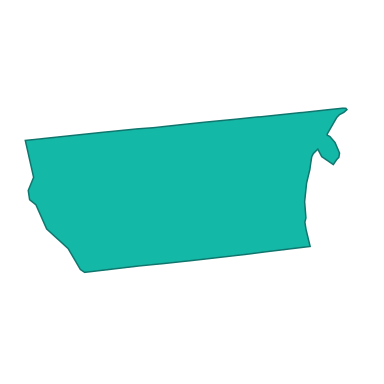 Lake, Indiana, United States of America (Albers equal-area conic projection), rotated 84°
{"feature_id": "52423323B96488388148981", "entity_name": "Lake", "entity_type": "district", "adm_level": 2, "iso_a3": "USA", "parent_name": "United States of America", "parent_adm1": "Indiana", "projection": "albers", "projection_center": [-87.421, 41.436], "detail": "fine", "context": "isolated", "style": "filled", "palette": "teal", "viewbox_px": 384, "rotation_deg": 84, "n_neighbors": 0, "source": "geoboundaries", "source_scale": "gbopen_adm2", "svg_char_len": 904}
<svg xmlns="http://www.w3.org/2000/svg" viewBox="0 0 384 384"><g transform="rotate(84 192 192)"><path d="M260.7,307.2L260.0,252.9L260.2,222.4L260.1,192.8L259.9,171.4L259.6,141.1L259.2,125.9L258.5,80.2L241.3,82.5L233.8,82.9L229.7,81.4L213.4,81.0L195.1,77.1L183.5,73.0L182.2,72.5L176.1,71.0L169.4,69.2L166.5,67.3L162.5,62.4L170.4,59.3L179.5,48.6L175.0,44.8L172.8,42.3L168.7,41.2L157.7,44.6L152.1,48.5L151.3,49.0L149.6,51.6L148.4,51.4L133.1,40.3L130.5,37.3L128.7,32.7L126.3,29.3L124.8,30.3L124.4,33.7L124.4,40.2L124.4,49.8L124.5,73.9L124.4,75.4L124.4,81.2L124.4,97.2L124.4,104.7L124.4,116.4L124.2,118.8L124.2,136.4L124.2,140.5L124.0,160.0L123.9,171.7L123.9,171.8L123.9,181.6L123.9,192.3L124.0,224.8L123.5,239.7L123.3,273.9L123.3,274.0L123.3,352.4L160.9,348.0L173.4,354.7L182.7,354.3L188.5,348.5L213.6,340.4L235.3,321.1L257.4,311.1L260.7,307.2Z" fill="#14b8a6" stroke="#0f766e" stroke-width="1.5"/></g></svg>